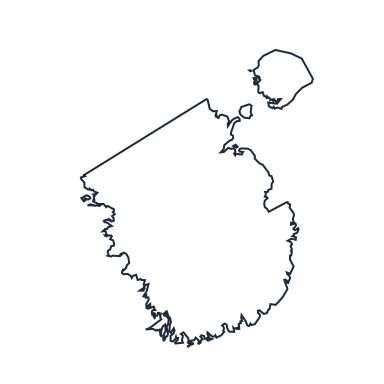 North Vella la Vella, Western, Solomon Islands, rotated 189°
{"feature_id": "97153195B19966779892851", "entity_name": "North Vella la Vella", "entity_type": "district", "adm_level": 2, "iso_a3": "SLB", "parent_name": "Solomon Islands", "parent_adm1": "Western", "projection": "orthographic", "projection_center": [156.59, -7.704], "detail": "fine", "context": "isolated", "style": "outline", "palette": "slate", "viewbox_px": 384, "rotation_deg": 189, "n_neighbors": 0, "source": "geoboundaries", "source_scale": "gbopen_adm2", "svg_char_len": 5937}
<svg xmlns="http://www.w3.org/2000/svg" viewBox="0 0 384 384"><g transform="rotate(189 192 192)"><path d="M301.5,191.7L300.1,190.9L304.0,189.0L303.8,187.8L299.7,184.3L299.0,179.9L295.4,178.3L294.0,178.3L293.7,179.3L291.8,177.9L290.3,178.8L288.7,177.1L285.3,176.5L286.2,175.0L289.2,174.1L287.5,172.9L288.3,171.8L287.2,169.0L288.2,168.8L288.2,167.2L282.4,165.5L277.4,166.3L274.4,163.6L273.3,165.1L266.4,162.6L266.1,160.8L267.1,159.8L264.8,158.0L267.2,155.7L265.3,153.9L264.7,151.5L267.1,150.2L268.4,150.8L268.2,151.8L270.2,152.2L270.4,151.2L272.7,151.1L274.6,149.6L273.6,148.5L271.4,148.6L265.9,145.8L269.5,144.1L269.9,142.3L271.9,142.0L274.0,139.2L271.3,139.9L269.9,136.4L268.7,136.6L268.1,135.7L265.1,136.4L264.2,135.5L265.5,132.6L262.3,131.9L260.6,128.2L260.9,126.7L263.2,126.1L263.9,122.3L265.7,121.0L265.9,119.3L264.3,116.6L265.2,115.9L261.9,115.6L260.5,116.7L253.1,117.4L251.5,119.5L253.3,118.3L252.9,119.4L251.9,120.2L250.4,119.4L251.1,120.2L249.9,121.5L247.2,120.5L244.7,117.5L242.9,112.0L245.1,109.2L245.0,107.4L246.3,105.1L247.8,104.6L247.3,103.9L248.6,102.9L248.6,101.1L246.6,100.1L242.6,101.0L238.9,99.3L238.0,97.7L237.0,100.0L234.2,101.5L231.9,96.6L229.1,98.0L228.0,97.2L224.7,97.6L225.3,93.1L224.3,90.7L223.2,93.1L220.6,94.3L221.2,87.2L223.7,81.4L222.7,81.2L221.1,82.9L220.9,80.4L218.6,81.1L217.9,78.9L219.6,74.1L218.9,70.4L218.0,70.3L217.4,73.0L215.8,74.9L215.3,72.5L216.1,70.5L212.0,72.8L211.2,72.2L211.2,70.7L209.9,69.7L212.4,69.0L213.0,67.2L211.9,64.3L210.9,64.7L210.7,66.4L209.6,66.1L210.3,62.8L209.2,61.7L208.5,64.2L206.9,64.5L206.7,67.3L205.4,67.5L204.6,65.8L203.9,66.6L203.6,62.7L202.4,61.4L212.6,51.0L216.2,49.0L209.1,50.7L205.8,49.4L205.0,50.5L203.3,50.0L202.4,51.0L200.7,45.5L199.2,44.2L200.3,45.8L200.6,50.3L199.9,54.7L197.7,57.0L196.3,50.5L197.9,46.1L195.6,44.5L194.1,45.7L193.5,47.9L195.9,54.7L194.9,58.1L195.2,63.2L198.1,65.5L200.0,65.5L201.3,67.2L200.0,68.1L198.8,67.6L199.2,69.6L198.3,70.2L195.7,65.4L193.8,63.9L192.4,59.8L193.1,57.5L192.5,50.6L190.8,49.7L188.7,54.6L187.6,52.8L188.1,49.4L190.7,46.6L189.9,41.7L187.7,41.3L185.4,44.1L185.1,46.4L184.5,45.1L182.9,45.7L183.0,43.6L185.2,40.6L184.6,39.8L177.4,41.7L178.7,44.0L178.5,48.6L180.8,50.0L178.5,52.1L173.0,47.1L171.8,43.9L172.6,42.7L171.3,41.7L170.5,41.8L170.3,44.8L166.7,46.0L165.6,48.8L162.7,46.8L161.7,45.1L162.1,43.4L161.1,43.3L159.8,44.8L160.2,46.6L158.4,48.3L161.1,50.5L160.4,51.9L157.8,51.8L156.3,49.1L154.9,49.6L152.8,52.0L154.5,53.8L154.7,55.7L149.2,52.3L147.0,53.1L146.5,54.2L145.1,52.0L140.6,55.1L138.4,58.9L139.5,59.9L139.0,61.8L139.9,64.0L141.4,64.8L139.4,67.1L137.0,66.4L135.8,62.7L133.3,59.8L128.4,60.6L129.9,64.5L128.5,63.7L126.2,64.9L126.0,63.7L123.9,64.2L125.2,69.0L123.2,70.2L123.6,71.5L124.7,71.7L122.2,72.3L123.7,75.5L123.8,78.2L118.8,72.8L116.4,68.8L114.7,68.6L113.7,71.2L112.4,69.9L109.2,71.3L105.6,79.0L105.7,81.5L107.8,82.9L108.3,85.0L106.9,85.7L101.9,82.8L99.2,84.1L98.2,87.7L97.1,88.6L97.0,93.5L91.6,93.7L86.2,101.9L83.2,109.3L82.6,111.3L87.1,119.6L86.3,120.1L84.4,119.2L83.9,117.3L82.8,117.2L81.6,122.7L83.4,125.0L85.0,125.6L85.8,127.4L82.2,126.6L80.0,134.5L84.7,140.6L85.2,144.6L84.1,144.8L84.0,148.6L85.1,149.4L84.3,150.8L86.2,154.2L84.9,156.2L86.6,158.0L89.8,158.8L86.4,161.4L82.1,161.0L82.2,163.5L85.7,164.1L84.5,165.0L84.9,166.4L81.8,168.1L80.9,171.8L81.6,172.9L84.1,170.4L86.1,171.4L84.0,175.4L84.9,177.2L89.2,175.1L89.4,177.1L86.6,177.7L88.2,181.0L87.6,184.7L88.6,187.3L93.2,191.8L93.0,194.9L95.3,195.6L95.9,196.9L97.0,196.6L113.1,184.5L115.2,187.1L117.7,188.4L118.9,191.8L118.7,195.0L116.4,197.7L117.5,198.9L119.3,198.7L118.7,201.7L119.8,203.5L117.2,204.0L116.9,206.0L114.0,207.7L114.6,212.7L113.4,214.9L115.9,220.1L118.2,220.3L119.5,223.3L126.5,230.0L129.8,230.9L135.3,234.8L135.5,237.5L140.5,242.5L143.8,243.5L149.9,242.8L151.9,241.6L152.0,240.3L151.3,239.4L147.8,239.5L148.6,236.8L154.6,236.6L155.1,235.0L156.4,236.5L155.5,238.6L155.9,240.2L157.9,241.6L160.1,240.7L163.2,241.2L166.7,236.6L169.8,235.7L167.4,239.3L167.4,243.4L162.4,249.1L161.0,249.4L159.7,251.8L160.4,254.1L162.6,254.8L162.7,257.4L160.9,266.9L158.8,268.9L156.0,269.7L156.4,271.6L158.6,273.1L162.1,270.8L163.9,268.9L166.8,262.7L167.4,265.2L166.3,267.3L168.9,272.0L174.5,273.1L176.7,271.9L177.6,268.5L177.9,269.7L180.1,270.2L179.7,271.5L180.7,271.6L180.2,275.8L183.9,275.0L187.5,276.9L190.8,285.1L192.1,286.1L301.5,191.7ZM150.2,322.2L148.0,316.9L144.1,316.6L143.5,315.9L144.4,315.3L143.1,315.0L143.2,313.8L142.0,313.3L143.8,310.5L145.4,310.2L142.8,307.0L142.2,301.1L140.7,300.1L137.9,301.7L136.0,298.2L133.6,297.6L132.9,296.4L132.1,296.8L132.6,298.0L129.2,296.2L129.1,294.9L126.9,296.1L125.8,294.2L125.3,296.4L123.1,294.4L121.6,295.4L121.6,297.2L118.8,297.7L122.0,292.4L130.7,292.3L129.3,288.6L125.7,287.3L124.6,289.0L123.3,287.3L120.9,288.8L116.6,288.1L116.4,290.0L111.6,293.2L106.7,299.1L104.8,304.8L99.5,312.2L90.9,318.6L90.3,322.7L104.5,341.0L116.1,344.4L131.9,345.3L142.9,337.6L146.8,331.6L145.9,328.1L146.4,325.5L150.2,322.2ZM157.8,278.9L156.2,276.0L152.0,273.6L146.8,273.8L146.1,276.6L144.7,277.0L146.5,279.9L146.7,286.6L149.1,287.6L156.5,283.7L157.8,278.9ZM300.3,168.7L297.4,165.9L296.0,167.0L297.0,168.4L296.4,169.0L293.5,168.2L291.4,169.9L292.6,171.5L295.5,172.3L300.3,168.7ZM158.5,243.9L155.1,242.7L154.0,243.8L156.3,245.5L158.5,243.9ZM293.1,162.4L289.0,163.2L284.4,163.3L290.0,164.0L293.1,162.4ZM228.2,86.4L224.7,86.9L223.7,89.1L224.3,90.1L228.2,86.4ZM153.8,48.2L153.0,47.7L149.3,49.9L151.7,50.3L153.8,48.2ZM149.0,314.1L148.1,312.6L145.7,312.4L146.7,314.6L149.0,314.1ZM170.1,43.4L169.2,40.9L167.2,42.0L167.2,42.7L170.1,43.4ZM197.7,43.5L197.0,41.0L196.5,40.9L195.5,43.2L197.7,43.5ZM147.9,310.2L147.1,308.0L146.1,308.2L147.2,310.8L147.9,310.2ZM284.0,163.9L281.3,163.7L280.4,164.6L283.3,164.6L284.0,163.9ZM172.7,38.9L171.2,38.7L170.1,40.4L170.8,39.6L172.7,38.9ZM154.3,321.0L153.2,320.4L152.4,320.9L153.1,321.4L154.3,321.0ZM271.2,135.6L270.4,134.8L269.8,134.8L269.8,135.5L271.2,135.6Z" fill="none" stroke="#1e293b" stroke-width="2"/></g></svg>